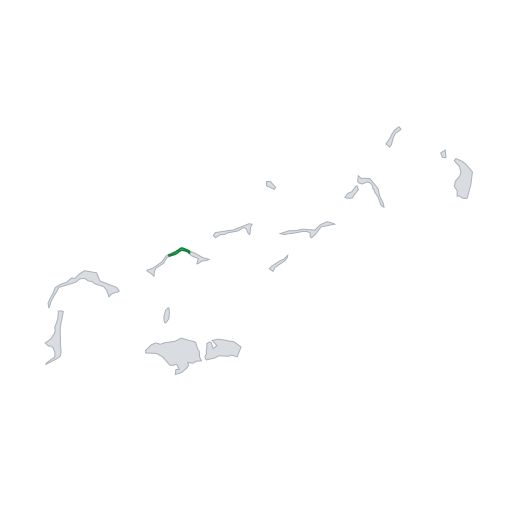 where Central Eleuthera sits in The Bahamas, rotated 287°
{"feature_id": "BHS-5028", "entity_name": "Central Eleuthera", "entity_type": "District", "adm_level": 1, "iso_a3": "BHS", "parent_name": "The Bahamas", "parent_adm1": "", "projection": "robinson", "projection_center": [-76.183, 25.14], "detail": "fine", "context": "in_parent", "style": "filled", "palette": "green", "viewbox_px": 512, "rotation_deg": 287, "n_neighbors": 0, "source": "natural_earth", "source_scale": "10m", "svg_char_len": 3721}
<svg xmlns="http://www.w3.org/2000/svg" viewBox="0 0 512 512"><g transform="rotate(287 256 256)"><path d="M155.7,208.6L155.6,216.1L156.1,221.7L155.6,223.7L149.8,227.4L148.4,229.5L142.9,231.6L139.7,234.5L138.0,229.7L134.9,226.8L134.3,221.8L131.9,223.5L128.4,222.5L122.6,218.7L119.0,213.5L124.1,212.6L125.2,215.8L129.2,211.9L128.3,209.9L127.6,209.6L126.3,205.8L132.4,195.7L133.7,189.2L131.0,178.8L133.6,178.1L140.4,181.8L143.5,185.4L143.6,190.3L146.4,194.1L150.6,203.3L155.7,208.6ZM160.2,236.8L160.3,238.3L155.0,242.1L158.8,244.9L162.4,238.9L165.3,243.8L166.8,253.0L166.6,254.6L166.8,256.0L167.4,257.7L167.5,260.3L164.6,268.3L154.1,267.5L153.9,260.7L152.2,259.4L149.8,249.7L146.6,246.6L142.0,238.7L144.7,236.6L148.2,237.3L150.0,236.3L154.9,235.6L157.9,234.5L160.2,236.8ZM406.9,425.3L405.2,429.8L399.6,438.4L387.0,440.6L373.1,441.0L372.0,438.7L371.7,436.6L372.7,433.4L372.6,432.1L372.0,430.8L377.1,429.4L380.4,425.4L385.6,424.7L392.2,427.5L395.7,427.6L401.0,424.5L405.1,417.8L407.6,418.7L406.9,425.3ZM183.3,134.8L182.2,135.4L177.7,129.2L174.0,127.4L179.7,123.1L182.2,119.3L182.2,111.1L183.6,106.6L183.2,102.8L184.4,98.8L182.7,94.3L177.9,90.8L168.4,76.8L153.4,73.4L145.6,73.2L149.9,71.0L153.9,71.3L159.9,72.6L167.2,73.3L171.7,77.4L175.9,82.9L179.7,85.1L181.3,86.5L181.1,88.1L181.8,89.6L186.8,92.1L191.8,96.3L193.3,108.4L186.5,114.1L185.2,131.7L183.3,134.8ZM116.6,84.0L123.0,85.9L126.4,85.7L128.5,84.4L137.9,84.9L145.6,83.1L146.7,86.3L146.5,88.0L130.2,89.7L115.3,94.5L107.1,97.7L103.3,98.1L100.4,96.4L90.6,86.4L93.2,87.4L100.5,93.0L105.0,92.0L109.2,88.3L109.8,85.5L109.2,84.2L111.1,79.8L116.6,84.0ZM213.8,160.5L222.5,167.5L229.9,170.1L238.0,178.8L241.4,181.9L242.0,184.7L240.7,197.6L238.9,205.4L239.1,212.2L237.3,210.2L235.3,205.7L232.2,203.2L231.2,201.8L236.8,201.5L237.3,194.5L240.0,189.0L239.6,183.2L233.1,176.9L228.6,171.3L221.7,169.5L215.3,164.0L211.5,163.3L206.8,164.3L208.5,161.0L209.7,156.6L210.5,155.8L213.8,160.5ZM309.8,320.4L309.5,322.0L302.8,309.6L294.3,306.6L289.5,303.7L290.5,302.0L293.8,301.3L294.4,297.4L292.9,293.1L288.5,284.6L286.0,278.8L284.8,277.5L284.5,272.7L289.8,280.2L292.0,286.8L295.5,293.4L297.9,304.6L304.7,308.4L309.6,313.9L309.8,320.4ZM343.7,362.3L340.0,364.2L340.8,361.0L347.9,355.6L351.9,350.8L354.1,349.1L354.9,347.8L358.1,346.1L359.6,343.0L359.2,340.5L355.9,336.4L355.9,333.5L357.0,331.4L362.6,330.4L361.1,333.5L363.3,342.3L356.0,353.2L349.7,356.6L343.7,362.3ZM284.8,239.9L285.2,243.0L281.6,242.4L276.4,243.6L274.5,243.7L275.7,241.5L279.3,238.6L279.5,235.8L275.0,231.9L269.7,221.9L267.3,219.6L266.1,215.9L261.7,211.9L262.6,209.7L263.5,209.2L266.5,210.3L273.3,224.5L273.7,225.9L284.8,239.9ZM405.7,349.1L409.0,350.0L410.8,349.9L416.9,351.7L420.6,354.3L421.4,355.3L419.4,357.6L413.8,353.3L408.9,352.7L402.0,352.9L399.3,352.0L401.1,347.4L405.7,349.1ZM351.5,330.9L352.7,332.0L349.4,334.5L341.7,331.4L340.0,331.6L338.5,328.4L337.9,326.0L338.2,323.8L342.8,325.5L345.3,328.7L351.5,330.9ZM176.7,189.7L170.7,191.0L166.5,189.7L165.4,188.7L167.2,187.0L171.3,185.6L177.7,185.5L180.6,187.1L180.9,187.9L176.7,189.7ZM266.0,286.1L263.8,286.5L259.8,284.9L250.5,277.4L246.2,276.7L247.6,272.5L250.9,274.0L258.4,280.4L261.2,283.7L266.0,286.1ZM331.5,248.0L327.3,254.7L325.1,254.1L326.3,245.7L329.2,244.4L330.4,244.5L331.5,248.0ZM412.7,405.9L405.6,408.9L404.8,405.4L408.5,402.5L412.7,405.9Z" fill="#d9dde1" stroke="#a8b0b8" stroke-width="1"/><path d="M231.5,172.1L233.1,174.4L236.3,177.8L239.6,180.4L241.2,181.5L241.9,182.3L242.1,183.5L241.7,188.7L241.5,189.7L241.4,190.3L241.2,190.9L240.7,191.3L240.2,191.5L239.9,191.7L239.1,191.3L239.7,190.7L239.9,190.3L240.4,186.7L240.3,185.4L239.4,182.6L237.7,181.1L235.8,180.0L234.2,178.6L230.5,173.0L231.5,172.1Z" fill="#22c55e" stroke="#15803d" stroke-width="1.5"/></g></svg>